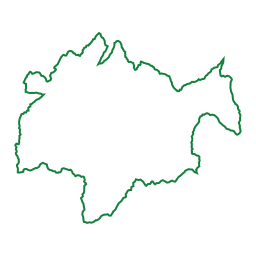 Angaraes, Huancavelica, Peru (Natural Earth projection)
{"feature_id": "86281439B42850233114855", "entity_name": "Angaraes", "entity_type": "district", "adm_level": 2, "iso_a3": "PER", "parent_name": "Peru", "parent_adm1": "Huancavelica", "projection": "natural_earth1", "projection_center": [-74.625, -13.058], "detail": "fine", "context": "isolated", "style": "outline", "palette": "green", "viewbox_px": 256, "rotation_deg": 0, "n_neighbors": 0, "source": "geoboundaries", "source_scale": "gbopen_adm2", "svg_char_len": 5666}
<svg xmlns="http://www.w3.org/2000/svg" viewBox="0 0 256 256"><path d="M92.8,40.3L90.1,43.8L89.3,44.1L88.8,45.2L88.4,45.6L87.5,45.4L86.4,45.7L85.8,47.3L84.1,47.9L83.7,49.0L82.6,50.3L82.8,52.3L82.3,52.7L82.3,53.3L80.8,54.3L80.0,55.9L79.1,55.7L78.2,54.8L76.3,55.2L74.9,53.9L74.6,53.3L73.6,53.3L72.6,52.2L72.6,51.8L71.7,51.3L70.3,51.0L69.0,51.2L68.0,51.9L66.3,55.5L65.2,55.6L63.8,54.8L62.9,55.2L61.1,57.2L57.7,64.2L55.6,66.1L54.8,66.6L54.3,67.3L54.3,68.2L55.9,69.2L55.6,70.3L53.5,72.2L51.1,73.1L50.6,74.8L50.0,75.7L51.1,78.5L50.4,80.3L49.7,80.4L47.6,81.6L46.7,81.3L46.3,80.7L46.1,79.3L44.8,77.3L43.3,76.1L41.4,75.8L40.1,73.4L39.2,72.5L36.3,72.2L34.0,73.4L32.3,73.8L30.9,72.1L30.0,71.8L28.9,73.2L28.6,74.2L27.6,74.8L26.8,75.9L26.9,76.8L26.0,77.5L23.7,82.5L24.6,83.4L26.0,83.9L26.1,85.5L25.9,86.3L26.1,87.6L26.0,88.7L25.5,89.5L25.8,90.9L25.7,91.9L30.1,93.1L32.2,92.8L33.5,93.1L36.1,92.6L39.0,93.5L40.4,93.5L42.2,94.5L43.7,94.5L41.3,97.1L40.4,97.5L39.6,98.5L35.8,100.2L34.5,101.8L33.1,102.6L31.5,104.1L30.3,104.3L30.4,106.5L28.8,107.2L28.3,107.9L28.5,110.6L27.5,110.5L26.7,111.0L26.1,112.5L24.4,112.4L23.4,113.9L22.2,113.8L21.5,114.3L19.7,118.6L19.2,120.9L19.1,124.1L19.5,125.1L19.6,126.9L19.0,128.1L20.1,129.5L19.7,132.4L20.6,134.5L19.3,136.0L19.6,137.7L19.2,139.6L19.2,142.9L18.7,144.1L18.0,144.3L17.1,143.7L16.4,143.7L15.4,145.0L15.5,145.9L16.5,147.3L15.8,149.2L16.7,151.0L16.5,152.3L15.9,152.8L15.8,153.4L16.4,154.9L17.4,156.0L18.0,158.2L18.7,159.0L18.8,162.3L18.3,163.6L17.0,164.9L17.1,166.5L17.9,168.2L17.8,172.4L19.4,172.6L23.3,171.8L23.4,170.3L24.3,169.1L26.7,169.0L27.9,169.9L30.3,170.5L31.0,170.3L35.7,168.0L36.7,168.1L38.4,167.2L39.2,166.5L40.5,164.0L43.1,162.8L43.9,163.4L46.9,164.5L46.9,165.8L48.2,168.9L49.8,170.0L52.0,170.4L52.9,171.2L54.9,171.2L56.1,172.6L57.9,172.8L58.8,172.3L60.0,172.3L61.1,171.4L61.8,169.0L63.0,168.3L63.9,168.3L69.1,170.1L70.1,169.7L70.7,169.8L72.0,171.4L72.7,173.4L74.2,174.4L75.4,176.2L77.9,175.1L79.7,175.6L81.3,176.8L83.0,176.5L84.1,177.2L84.8,179.8L84.1,181.6L85.1,182.8L85.9,183.3L86.2,184.0L84.3,185.9L84.2,191.5L83.8,192.9L82.4,194.3L82.9,195.9L82.8,196.5L81.0,198.1L82.6,202.3L83.4,203.5L84.1,208.0L84.5,209.2L84.4,209.8L83.3,210.9L82.7,212.0L82.3,214.3L83.3,217.5L83.4,219.9L84.0,221.9L85.6,222.1L86.9,222.9L89.6,222.3L91.3,222.7L93.5,222.0L95.8,220.2L96.4,220.4L97.6,219.9L99.4,218.7L101.4,215.9L104.3,214.6L105.7,214.7L107.7,214.2L109.1,215.6L110.8,215.6L112.8,212.6L113.3,211.4L115.1,210.0L118.6,203.4L121.5,200.9L123.4,197.9L125.6,197.2L126.0,196.7L125.7,194.4L127.8,190.8L128.7,190.2L131.1,190.0L131.5,186.9L133.4,186.2L133.2,182.8L135.1,181.4L135.9,179.4L138.9,180.0L140.3,179.6L140.9,179.8L143.1,181.7L145.5,185.4L146.3,185.8L147.8,184.1L150.3,183.8L150.7,183.3L151.1,182.2L152.0,181.4L152.9,181.6L154.0,183.4L155.0,184.3L156.6,183.1L158.5,183.1L159.4,182.7L161.1,180.9L162.9,180.2L167.2,182.6L169.2,182.2L170.4,181.3L172.0,180.6L173.9,181.5L175.3,181.6L178.5,177.0L180.9,175.3L183.2,173.0L184.3,172.4L185.2,170.8L188.5,169.2L192.4,169.6L194.5,172.0L196.9,173.0L196.5,172.0L196.6,170.7L196.1,169.8L197.5,167.7L199.3,166.3L199.1,165.9L199.2,163.8L198.9,162.8L199.7,160.3L199.2,159.0L199.5,157.1L198.5,155.8L196.7,155.5L194.6,154.1L192.3,153.8L191.8,153.1L192.0,152.1L191.7,150.0L192.6,149.0L191.6,147.5L191.8,146.6L191.7,144.9L192.0,144.2L191.3,142.5L192.1,141.1L192.3,138.2L191.7,136.8L193.1,134.1L193.3,133.3L192.8,132.4L194.0,130.1L194.2,128.9L195.3,126.7L199.2,121.8L199.2,118.9L200.3,116.5L202.1,115.7L202.5,114.5L204.2,114.8L205.1,114.0L207.0,113.2L208.6,113.8L210.2,115.1L212.2,114.7L214.3,115.1L217.4,117.8L218.2,119.1L219.4,122.1L223.4,125.7L224.6,126.4L226.6,128.8L229.2,129.5L230.6,130.5L232.1,130.5L234.0,131.2L235.7,133.8L237.1,134.7L238.0,134.4L239.4,133.4L240.4,131.9L240.6,130.7L240.2,129.8L240.2,128.7L239.7,127.6L239.9,126.3L239.6,124.7L238.8,122.8L240.2,120.1L240.0,118.8L240.4,115.0L239.1,112.7L239.7,111.1L238.2,109.2L237.9,108.2L238.0,107.2L237.5,105.7L236.4,104.5L235.2,103.9L235.1,103.3L233.6,101.1L233.0,99.5L232.5,94.6L231.1,91.7L230.4,87.6L230.7,81.9L231.7,80.1L231.8,79.1L230.5,77.4L228.7,76.0L227.2,75.8L225.0,76.8L223.1,75.7L221.7,76.4L220.6,75.6L220.4,74.5L219.8,70.2L221.1,68.9L221.5,66.0L223.2,62.7L223.5,59.0L221.3,61.7L220.7,63.1L218.1,65.1L217.4,67.1L214.5,67.7L211.5,69.4L210.8,71.7L208.3,73.4L207.2,75.0L206.0,75.6L205.0,77.0L204.5,78.6L203.5,79.0L202.7,78.9L200.0,80.0L198.7,79.2L197.5,80.6L195.4,81.7L193.9,82.0L192.0,81.8L190.1,83.4L186.9,84.1L185.5,85.1L184.4,85.1L182.1,87.3L181.6,89.1L181.1,89.8L179.7,89.7L179.3,91.1L177.4,91.2L176.4,90.0L175.8,89.8L175.3,89.0L174.5,88.5L173.0,86.6L172.5,85.1L171.9,84.5L171.9,82.5L170.9,81.2L170.6,79.4L170.0,78.3L169.3,76.2L167.2,75.7L166.4,74.8L164.4,74.0L161.4,73.5L159.9,73.8L159.4,73.1L159.2,71.7L158.8,71.3L157.1,70.0L154.8,69.4L153.8,67.2L152.8,66.8L152.0,65.8L150.5,65.6L148.9,64.2L143.7,62.9L142.2,61.9L140.9,61.6L140.6,62.2L140.6,64.4L140.1,65.2L138.5,65.1L137.9,67.0L136.9,68.0L136.8,69.0L135.6,69.9L135.0,69.8L133.8,67.5L134.1,65.8L133.2,63.1L130.6,61.8L128.8,62.0L128.0,61.1L127.7,59.7L126.9,59.0L126.2,57.4L125.3,56.9L125.2,55.4L125.4,54.6L125.1,53.6L125.3,52.0L123.9,50.9L122.6,48.2L121.8,47.6L121.4,44.6L120.5,42.8L119.9,41.9L117.9,40.8L116.4,41.4L115.5,42.6L114.4,43.0L114.4,45.6L113.3,48.9L112.7,49.3L112.2,50.8L112.0,52.3L109.9,54.6L109.0,56.9L106.6,59.4L104.0,61.2L103.4,62.1L102.1,63.2L100.7,63.6L99.8,63.3L98.4,64.1L100.4,60.1L101.3,57.6L102.8,55.7L104.0,52.3L105.3,51.6L107.7,46.2L105.5,45.2L104.8,43.2L104.8,41.2L103.7,39.0L102.9,37.9L101.9,37.5L101.3,36.7L100.7,35.2L100.6,34.1L99.1,33.1L98.7,33.2L98.3,34.0L97.4,34.5L95.7,36.5L94.7,39.0L93.0,39.3L92.8,40.3Z" fill="none" stroke="#15803d" stroke-width="2"/></svg>